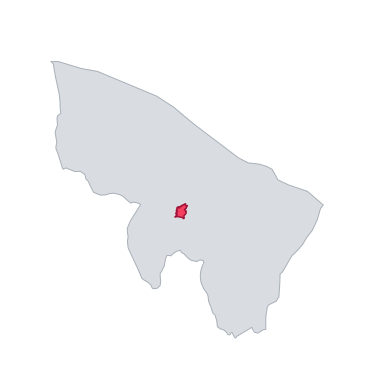 location of Boinsen, Bong, Liberia, rotated 171°
{"feature_id": "62588387B25170598917016", "entity_name": "Boinsen", "entity_type": "district", "adm_level": 2, "iso_a3": "LBR", "parent_name": "Liberia", "parent_adm1": "Bong", "projection": "natural_earth1", "projection_center": [-9.229, 6.691], "detail": "fine", "context": "in_parent", "style": "filled", "palette": "rose", "viewbox_px": 384, "rotation_deg": 171, "n_neighbors": 0, "source": "geoboundaries", "source_scale": "gbopen_adm2", "svg_char_len": 3654}
<svg xmlns="http://www.w3.org/2000/svg" viewBox="0 0 384 384"><g transform="rotate(171 192 192)"><path d="M64.4,158.7L67.7,155.5L72.5,145.2L79.3,135.2L85.6,129.3L90.6,123.3L95.9,118.6L103.5,113.2L115.1,98.9L117.8,97.3L119.7,87.4L122.6,74.8L126.0,70.9L133.9,68.6L135.7,66.4L138.5,57.5L140.3,47.2L140.5,44.9L143.6,44.7L148.9,42.4L152.0,43.4L153.4,46.4L154.1,48.9L170.2,42.5L171.6,41.1L172.5,41.4L174.5,47.2L175.6,46.8L176.6,45.2L177.7,45.0L178.9,45.8L180.2,48.5L182.3,50.9L185.8,52.6L188.0,55.0L187.7,61.2L188.6,67.2L190.1,68.6L190.9,72.2L191.3,76.2L192.1,78.2L192.7,82.2L192.4,86.5L193.0,89.5L195.6,94.7L197.2,101.3L197.2,105.9L196.3,110.8L194.6,115.2L191.6,120.1L191.3,122.0L193.1,123.3L195.8,123.5L198.1,122.5L203.8,124.8L206.8,128.0L209.4,131.9L211.8,133.9L212.8,136.4L216.9,135.7L221.6,133.3L222.6,132.2L224.0,132.8L227.0,133.1L229.1,128.7L230.8,123.7L234.5,118.3L236.3,116.3L236.7,112.8L236.9,108.4L238.2,104.5L241.3,102.4L244.5,102.4L246.3,103.2L247.2,106.9L249.8,109.8L252.0,111.7L253.2,112.6L255.1,114.8L256.9,122.3L263.8,146.7L263.5,153.4L262.1,157.8L262.1,162.1L261.6,166.3L257.3,173.2L244.8,187.5L245.8,188.7L248.8,190.3L251.8,191.2L254.3,190.7L257.5,194.3L260.9,198.7L264.5,201.1L269.6,203.1L274.2,203.3L278.0,202.6L283.4,203.4L289.2,207.1L291.3,213.2L292.7,218.6L294.7,221.3L295.0,225.9L299.1,229.9L304.9,230.7L312.5,235.4L314.5,235.2L315.3,234.6L316.2,235.5L318.1,249.2L319.6,256.4L318.9,259.4L317.8,261.7L317.8,272.7L314.4,279.1L313.8,286.0L312.8,288.3L309.2,290.3L309.1,295.7L308.2,302.1L307.8,309.0L308.8,326.9L309.0,340.3L310.7,342.9L303.5,341.7L282.5,331.5L266.2,325.7L211.9,292.2L196.9,278.7L179.5,258.7L140.8,218.5L132.0,212.0L120.9,208.9L114.0,205.4L109.2,201.7L105.2,190.5L95.6,183.9L77.8,174.5L64.4,158.7Z" fill="#d9dde1" stroke="#a8b0b8" stroke-width="1"/><path d="M212.5,169.9L211.1,170.0L210.5,170.1L210.1,170.0L209.8,169.9L209.2,169.7L208.3,169.3L207.2,169.0L206.3,168.7L206.1,168.6L205.8,168.3L205.3,167.9L205.1,167.7L204.9,167.6L204.5,167.1L204.3,167.1L204.0,167.4L203.8,167.5L203.8,169.3L203.4,170.2L203.1,170.3L202.1,171.0L201.5,171.6L201.3,171.9L201.0,172.4L201.1,172.7L201.1,173.1L201.2,173.5L200.8,173.9L201.2,174.2L201.3,174.9L201.8,175.2L202.1,175.5L202.1,175.8L201.5,176.3L201.4,176.4L200.6,176.8L200.1,177.1L200.0,177.4L199.8,177.8L199.8,178.2L199.5,178.4L199.1,178.9L198.9,179.3L199.3,179.4L199.2,179.2L199.3,179.2L199.5,179.1L199.8,179.2L199.8,179.3L199.9,179.5L200.1,179.8L200.5,180.0L200.7,180.4L200.5,180.9L200.3,181.1L200.3,181.3L200.7,181.4L200.8,181.3L201.0,181.2L201.5,181.0L201.8,180.9L202.3,180.9L202.7,180.8L202.9,180.6L203.0,180.5L203.1,180.3L203.4,180.2L203.5,180.2L203.7,180.3L203.9,180.3L204.1,180.3L204.2,180.1L204.3,179.9L204.5,179.9L204.8,179.9L204.8,179.6L204.9,179.4L205.1,179.3L205.3,179.4L205.5,179.5L205.8,179.6L206.0,179.5L206.3,179.3L206.5,179.2L206.7,179.3L206.8,179.3L206.9,179.2L206.8,178.6L206.9,178.4L207.0,178.3L207.4,178.5L207.5,178.8L207.8,179.3L207.9,179.5L208.0,179.5L208.1,179.4L208.3,179.3L208.3,179.2L208.4,178.7L208.5,178.6L208.7,178.8L208.8,178.8L208.8,179.1L209.0,179.1L209.2,178.9L209.2,178.4L209.5,178.0L209.5,177.9L209.7,177.5L209.7,177.2L209.8,176.9L209.9,176.7L210.1,176.6L210.3,176.4L209.4,175.6L209.4,175.4L209.4,175.2L209.8,174.9L209.9,175.2L209.9,175.3L210.0,175.3L210.1,175.2L210.4,174.7L210.6,174.6L210.9,174.3L210.4,173.6L210.5,173.5L210.6,173.1L210.9,173.1L210.7,172.8L210.3,172.6L210.2,172.5L210.2,172.4L210.6,171.8L210.6,171.7L210.8,171.8L210.9,172.0L211.2,172.0L211.3,171.9L211.3,171.5L211.2,171.1L211.3,170.9L211.4,170.5L211.7,170.2L212.2,170.3L212.3,170.3L212.4,170.2L212.6,170.1L212.5,169.9Z" fill="#f43f5e" stroke="#9f1239" stroke-width="1.5"/></g></svg>